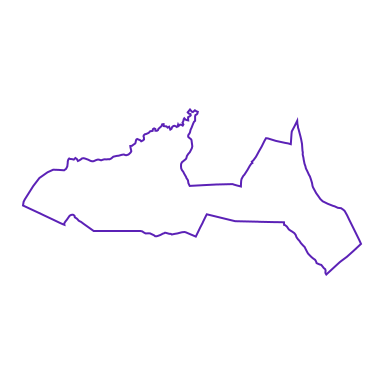 Zé Doca, Maranhão, Brazil (Mercator projection)
{"feature_id": "56859067B5198851125658", "entity_name": "Zé Doca", "entity_type": "district", "adm_level": 2, "iso_a3": "BRA", "parent_name": "Brazil", "parent_adm1": "Maranhão", "projection": "mercator", "projection_center": [-45.921, -3.253], "detail": "fine", "context": "isolated", "style": "outline", "palette": "violet", "viewbox_px": 384, "rotation_deg": 0, "n_neighbors": 0, "source": "geoboundaries", "source_scale": "gbopen_adm2", "svg_char_len": 4516}
<svg xmlns="http://www.w3.org/2000/svg" viewBox="0 0 384 384"><path d="M197.8,111.8L196.4,111.3L194.9,110.3L193.9,111.2L192.9,112.0L191.8,111.7L190.9,110.6L190.0,109.5L188.8,111.0L187.7,112.3L188.7,113.5L190.5,114.1L190.7,115.4L189.7,116.3L188.1,117.2L188.1,118.8L188.2,120.4L186.8,120.1L185.5,119.6L184.3,118.3L183.7,119.2L183.5,120.4L183.1,121.7L182.5,122.6L183.4,124.5L182.7,125.6L181.4,124.8L180.1,124.6L178.7,125.9L178.1,124.6L177.6,126.3L176.8,127.0L175.9,126.4L174.6,125.8L173.4,126.0L172.1,127.1L171.5,128.8L170.3,129.6L169.9,128.6L169.1,126.7L167.6,127.6L166.5,126.4L165.2,126.3L163.8,126.1L163.6,124.1L162.2,124.3L161.5,126.1L158.5,128.8L158.0,130.1L156.9,130.8L155.4,130.7L155.3,129.0L154.1,128.4L152.9,129.2L152.6,130.9L151.4,131.1L150.3,131.2L148.6,132.9L147.7,133.3L146.4,133.9L144.8,134.3L143.8,135.3L143.5,136.2L143.9,137.5L144.0,139.5L143.0,140.4L141.2,141.3L140.2,140.2L138.9,139.7L137.2,139.0L136.3,139.6L135.8,141.2L135.5,142.9L134.8,143.8L133.5,144.6L132.0,145.8L130.3,146.0L130.5,147.5L130.9,149.3L131.3,151.2L130.7,152.4L129.4,153.7L128.5,154.5L126.4,155.2L125.3,155.1L123.9,154.5L121.8,154.8L118.7,155.7L116.8,155.9L113.3,156.7L111.2,158.5L109.5,159.3L108.2,159.2L106.4,159.4L104.3,159.3L102.6,159.8L101.1,160.3L98.8,159.6L97.7,159.6L96.3,160.0L93.6,161.2L92.2,161.3L90.6,160.9L88.2,159.7L85.2,158.6L83.7,158.2L82.1,158.4L80.7,159.5L79.4,160.3L77.9,161.0L76.9,159.1L75.4,158.0L73.8,159.6L71.9,159.1L70.2,159.0L69.2,158.5L68.4,159.4L67.8,161.2L67.7,163.1L67.3,166.4L66.7,167.6L66.1,168.8L64.1,170.3L58.7,169.9L53.2,169.7L47.5,172.3L39.4,178.0L33.2,186.1L24.8,199.4L23.6,201.8L23.0,205.5L41.0,213.9L43.9,215.3L52.4,219.3L55.1,220.6L59.9,222.9L61.7,223.7L62.8,224.2L64.4,224.8L64.2,223.6L64.8,222.4L65.8,221.0L66.8,219.8L67.7,218.5L68.6,217.2L69.6,215.8L70.7,215.1L72.2,214.7L73.5,214.9L74.6,216.0L74.8,217.3L76.8,218.6L77.8,219.6L78.6,220.6L79.6,221.2L80.9,221.8L82.0,222.6L83.7,223.9L93.7,231.0L98.6,231.0L103.5,231.0L105.9,231.0L119.7,231.0L124.5,231.0L133.9,231.0L140.4,231.0L142.3,231.4L143.5,232.3L144.6,232.9L145.5,233.4L146.7,233.4L148.5,233.3L150.1,233.4L151.3,234.0L152.4,234.5L154.2,235.4L155.1,236.2L156.4,236.3L157.6,236.0L159.0,235.5L160.3,235.0L161.5,234.4L162.7,233.7L164.0,233.3L165.0,232.7L166.0,232.9L167.5,233.3L169.2,233.8L170.9,233.9L171.8,234.5L173.6,234.1L175.1,233.8L176.4,233.6L177.6,233.4L179.0,233.0L180.2,232.7L181.3,232.4L182.3,232.2L183.5,232.1L184.6,232.0L186.0,232.4L191.1,234.6L192.1,235.0L195.8,236.6L197.7,232.7L200.2,227.5L202.6,222.9L203.1,221.7L205.9,216.0L206.8,214.3L229.4,219.8L235.2,221.2L257.9,221.7L259.3,221.8L273.4,222.1L281.0,222.2L284.0,222.3L284.1,224.9L285.2,225.2L286.9,226.6L288.8,229.4L290.5,230.6L292.0,231.5L294.3,233.1L295.6,234.8L296.5,237.2L297.2,238.2L297.9,239.2L299.4,240.8L300.9,243.1L303.0,245.4L304.7,247.1L305.3,248.4L307.1,251.9L308.0,253.5L309.5,255.1L311.4,257.0L313.2,258.5L315.1,259.8L316.0,261.3L316.6,263.1L318.5,264.0L320.1,264.6L321.3,264.9L323.1,267.2L323.8,268.1L325.2,269.2L325.6,270.6L325.4,272.3L325.6,273.4L326.3,274.5L339.6,262.3L341.1,261.1L346.9,256.8L353.5,250.9L361.0,243.9L359.3,240.1L355.5,232.4L349.2,219.7L347.1,215.3L344.7,211.0L343.4,209.8L341.1,208.2L337.8,207.8L334.6,206.3L333.1,205.9L327.8,203.8L322.7,201.3L320.3,199.0L318.3,196.1L316.2,193.2L313.0,187.3L312.5,185.8L312.0,182.9L310.9,179.3L309.9,176.4L309.0,174.9L307.3,171.2L305.9,168.4L305.4,166.2L304.5,163.7L304.0,161.1L303.7,159.7L303.5,158.2L303.3,157.1L302.7,154.6L302.8,152.2L302.5,150.9L302.2,146.8L302.0,143.9L301.2,139.6L300.5,136.6L298.5,129.0L298.0,127.6L297.9,126.1L297.4,123.9L297.2,120.8L294.6,126.1L291.8,131.4L291.5,134.0L290.8,144.2L288.1,143.4L285.2,142.9L275.9,140.9L267.8,138.4L266.0,138.2L264.4,141.0L261.7,146.5L259.0,151.2L258.2,152.7L257.4,154.2L255.9,156.9L254.8,158.4L253.3,160.4L251.8,161.7L252.4,163.0L251.2,163.8L249.7,166.0L247.5,169.9L244.4,174.7L243.2,176.0L241.6,178.9L241.2,180.6L241.0,183.4L240.9,186.5L238.7,185.9L237.4,185.6L233.9,184.6L232.6,184.1L216.3,184.5L204.5,185.1L189.7,185.9L188.4,183.2L188.0,180.5L187.4,179.4L186.5,178.2L186.1,177.0L184.3,173.9L183.2,171.7L182.0,170.2L181.2,168.4L181.0,166.3L181.1,164.0L181.9,162.3L183.7,160.8L185.8,159.1L186.4,158.0L186.9,156.0L188.2,154.0L189.8,152.2L191.8,148.3L192.3,146.3L191.5,140.1L190.8,139.0L189.4,138.0L188.2,136.8L188.2,135.6L188.6,134.5L189.4,133.6L190.0,132.3L190.6,129.7L191.6,127.6L193.2,123.5L194.0,121.8L195.1,120.8L195.1,117.9L195.1,116.3L195.5,115.0L196.6,114.5L197.4,113.6L197.8,111.8Z" fill="none" stroke="#5b21b6" stroke-width="2"/></svg>